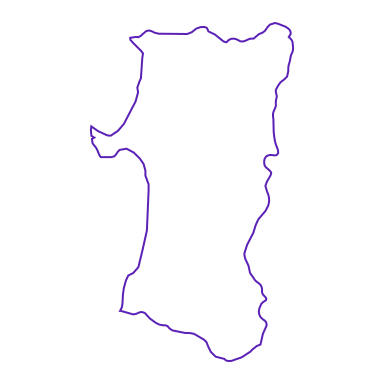 Akita, Mercator projection
{"feature_id": "JPN-1862", "entity_name": "Akita", "entity_type": "Prefecture", "adm_level": 1, "iso_a3": "JPN", "parent_name": "Japan", "parent_adm1": "", "projection": "mercator", "projection_center": [140.484, 39.686], "detail": "fine", "context": "isolated", "style": "outline", "palette": "violet", "viewbox_px": 384, "rotation_deg": 0, "n_neighbors": 0, "source": "natural_earth", "source_scale": "10m", "svg_char_len": 2890}
<svg xmlns="http://www.w3.org/2000/svg" viewBox="0 0 384 384"><path d="M120.1,310.9L121.9,307.2L122.5,303.2L122.9,294.8L123.8,288.3L125.9,280.5L128.3,275.5L133.3,273.0L138.4,267.1L142.4,250.6L146.9,230.5L148.6,190.4L148.6,184.3L145.4,175.6L145.4,170.6L143.6,164.1L139.9,158.6L133.8,152.6L126.6,148.7L119.6,149.9L117.5,152.1L116.0,154.5L114.2,156.4L111.3,157.1L100.8,157.1L99.5,155.4L97.3,150.1L96.1,147.8L92.6,143.4L91.9,139.0L94.3,137.6L91.4,135.8L90.9,130.0L91.3,126.4L98.2,131.2L107.3,135.4L110.7,135.7L117.9,130.9L123.9,123.9L135.6,101.4L138.1,92.2L137.3,87.7L139.6,81.1L140.9,78.4L142.3,57.9L143.0,53.4L141.0,50.7L138.9,48.7L133.3,43.1L130.5,40.0L130.2,37.8L136.2,36.9L138.5,37.2L141.1,35.6L143.1,33.7L146.4,31.0L149.0,30.5L151.9,31.3L154.4,32.6L158.6,33.7L187.2,34.0L191.8,32.2L196.3,28.6L200.6,27.1L204.5,27.0L206.7,27.8L207.7,29.5L208.4,31.4L214.9,34.5L223.5,41.4L226.1,42.3L227.2,41.6L228.5,40.2L230.9,38.9L233.8,38.6L236.1,39.2L237.8,39.9L240.3,41.3L242.6,41.5L244.8,41.0L249.2,39.0L251.3,38.6L253.7,38.6L258.8,34.2L262.8,32.5L265.0,30.8L267.8,26.8L270.0,24.6L274.9,23.0L277.9,23.7L285.3,26.6L287.7,28.1L289.4,29.6L289.9,30.5L290.4,31.4L290.6,32.4L290.7,33.5L290.3,34.7L289.6,35.6L289.2,36.5L288.8,37.0L290.3,38.4L291.4,39.7L292.5,41.7L293.1,48.0L292.9,50.5L292.1,52.9L291.1,54.9L290.6,56.8L289.9,60.9L288.6,65.4L288.3,67.9L288.3,70.9L287.1,76.6L284.0,79.6L280.5,82.3L278.2,85.5L275.8,89.9L275.9,92.4L276.4,94.3L276.8,96.2L276.6,97.9L276.0,99.9L275.8,103.1L275.9,105.9L275.0,108.4L273.6,111.5L273.0,113.7L273.0,116.3L273.4,119.3L273.7,132.3L274.0,134.5L274.2,136.3L274.8,140.4L275.7,144.0L278.0,150.2L278.2,152.9L277.2,154.6L275.6,155.4L273.7,155.3L271.8,155.0L269.6,155.0L267.7,155.6L266.0,156.6L264.7,158.7L264.2,160.9L264.2,163.2L264.7,165.6L265.9,167.3L269.5,170.4L271.2,172.5L270.9,174.4L270.0,176.4L267.6,180.4L266.5,182.7L265.4,185.9L267.0,191.4L268.3,194.7L269.0,197.8L269.1,201.6L268.6,204.2L267.9,206.3L265.5,210.9L258.6,219.0L257.2,221.7L255.6,225.4L253.3,232.9L247.1,244.8L244.3,253.7L244.6,256.1L245.3,258.9L248.5,265.7L249.9,272.3L250.9,274.4L252.1,275.8L253.7,278.2L254.6,279.7L256.0,281.2L259.2,283.6L260.6,285.0L261.6,287.0L262.1,289.3L262.0,292.2L262.8,294.3L264.1,295.8L265.4,297.1L266.3,298.6L266.0,300.1L264.7,301.1L262.9,302.2L261.2,304.1L259.4,308.3L258.8,311.3L259.2,314.2L260.3,316.8L262.6,319.1L264.7,320.6L266.1,322.2L266.7,324.6L266.2,326.5L262.9,333.8L260.5,344.5L256.4,346.2L255.0,347.5L252.6,349.3L250.3,351.7L241.7,357.3L231.4,360.9L228.3,361.0L226.1,360.5L224.3,358.9L215.7,356.7L210.9,352.0L208.4,347.0L206.4,342.0L203.9,339.6L193.9,333.8L190.2,333.1L184.8,332.9L172.8,330.5L170.3,329.1L168.6,327.5L167.6,326.1L165.5,325.3L163.2,325.3L159.3,324.6L155.8,322.8L150.1,318.7L144.8,313.0L143.0,312.3L141.1,312.0L138.3,312.8L136.7,313.7L134.9,314.1L133.2,314.4L120.9,310.9L120.1,310.9L120.1,310.9Z" fill="none" stroke="#5b21b6" stroke-width="2"/></svg>